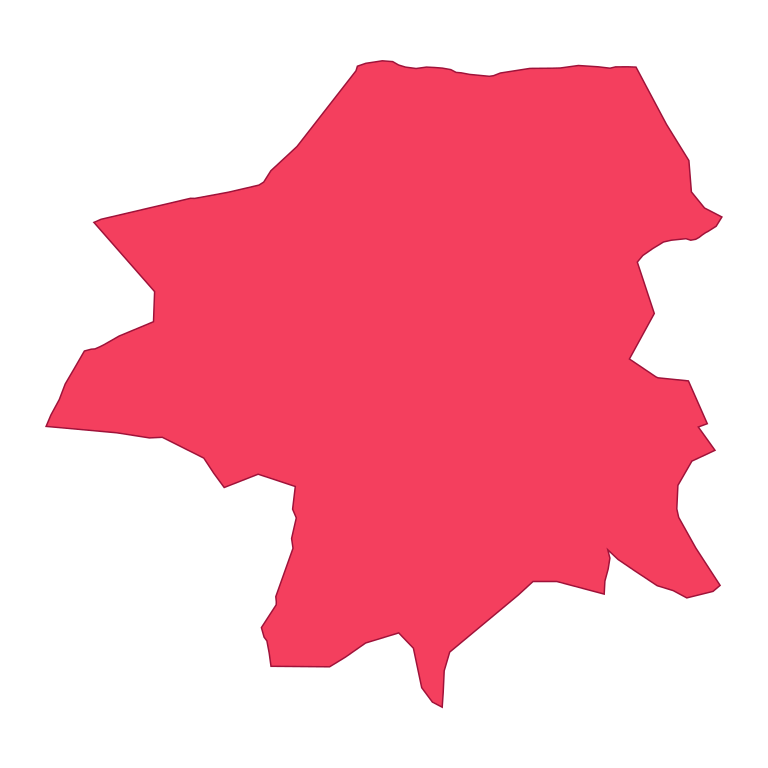 outline of Yabo, Sokoto, Nigeria
{"feature_id": "59680162B68131021355449", "entity_name": "Yabo", "entity_type": "district", "adm_level": 2, "iso_a3": "NGA", "parent_name": "Nigeria", "parent_adm1": "Sokoto", "projection": "albers", "projection_center": [4.952, 12.773], "detail": "fine", "context": "isolated", "style": "filled", "palette": "rose", "viewbox_px": 768, "rotation_deg": 0, "n_neighbors": 0, "source": "geoboundaries", "source_scale": "gbopen_adm2", "svg_char_len": 1676}
<svg xmlns="http://www.w3.org/2000/svg" viewBox="0 0 768 768"><path d="M46.1,426.4L116.8,432.8L149.4,437.9L162.3,437.3L203.8,458.1L213.8,473.3L224.2,487.5L258.1,474.2L295.3,486.5L292.6,509.2L296.3,517.9L293.4,530.5L291.6,538.5L293.0,548.3L275.8,596.6L276.3,601.9L276.2,604.8L261.4,627.6L264.1,637.2L266.9,640.9L269.2,653.1L271.0,666.3L329.6,666.8L345.6,657.0L365.6,643.0L398.7,632.9L413.4,648.2L421.7,687.7L432.4,702.1L442.2,707.2L443.2,692.6L444.2,670.8L449.7,652.1L518.3,595.0L533.0,581.5L556.8,581.5L604.2,594.1L604.9,581.1L608.2,568.9L609.9,558.1L607.8,549.8L618.1,559.5L635.0,571.0L657.2,585.7L673.2,590.6L686.8,597.9L713.0,591.4L720.1,585.4L695.8,548.0L678.7,517.4L676.8,508.9L677.9,485.4L691.9,461.1L715.0,450.3L698.3,427.0L707.3,423.7L688.4,380.9L657.9,377.8L655.8,376.8L629.4,359.0L654.3,313.5L637.3,262.1L642.8,255.5L652.7,248.6L663.5,242.0L671.4,240.2L686.0,238.7L690.7,240.2L695.7,239.3L699.1,237.4L702.3,234.9L705.7,232.6L707.9,231.5L716.2,226.2L721.9,217.0L704.5,208.0L691.4,191.9L688.9,160.6L666.5,124.4L636.0,67.1L627.8,66.8L615.5,66.9L610.0,68.2L598.2,66.8L578.4,65.5L560.2,68.0L552.7,68.2L529.9,68.4L500.4,73.0L493.5,75.7L489.3,76.3L469.6,74.4L461.1,72.8L456.1,72.4L450.8,69.6L442.3,68.1L434.7,67.5L426.4,67.1L416.1,68.5L405.5,67.1L398.6,65.0L392.7,61.6L382.3,60.8L375.2,61.9L365.8,63.3L357.4,66.2L356.0,70.8L297.0,146.5L270.9,170.7L263.7,182.1L258.9,185.1L228.4,192.2L194.8,198.4L190.5,198.3L101.4,219.2L101.0,219.3L94.4,222.2L93.9,222.4L154.6,291.6L153.5,321.7L132.2,330.6L119.2,336.0L103.6,344.9L99.8,346.8L95.0,348.9L91.2,349.2L84.4,351.0L73.7,369.5L65.2,384.0L59.3,399.5L50.9,415.0L46.1,426.4Z" fill="#f43f5e" stroke="#9f1239" stroke-width="1.5"/></svg>